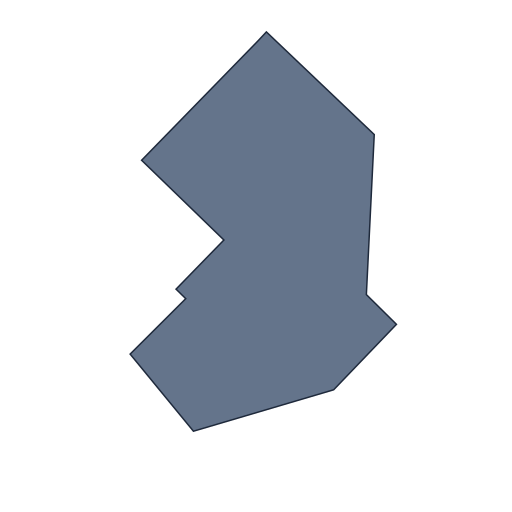 Cameron, Pennsylvania, United States of America, rotated 44°
{"feature_id": "52423323B90482699939397", "entity_name": "Cameron", "entity_type": "district", "adm_level": 2, "iso_a3": "USA", "parent_name": "United States of America", "parent_adm1": "Pennsylvania", "projection": "robinson", "projection_center": [-78.213, 41.418], "detail": "fine", "context": "isolated", "style": "filled", "palette": "slate", "viewbox_px": 512, "rotation_deg": 44, "n_neighbors": 0, "source": "geoboundaries", "source_scale": "gbopen_adm2", "svg_char_len": 323}
<svg xmlns="http://www.w3.org/2000/svg" viewBox="0 0 512 512"><g transform="rotate(44 256 256)"><path d="M256.7,86.5L107.8,87.6L108.0,100.0L107.2,266.6L221.8,266.8L221.5,335.4L235.1,335.5L233.6,414.0L332.7,425.5L404.8,298.3L404.5,207.6L362.2,207.1L256.7,86.5Z" fill="#64748b" stroke="#1e293b" stroke-width="1.5"/></g></svg>